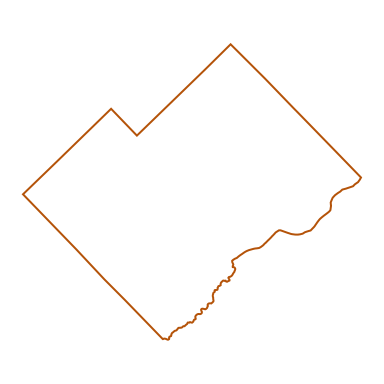 Picún Leufú, Neuquén, Argentina (Mercator projection)
{"feature_id": "61730980B82324044769491", "entity_name": "Picún Leufú", "entity_type": "district", "adm_level": 2, "iso_a3": "ARG", "parent_name": "Argentina", "parent_adm1": "Neuquén", "projection": "mercator", "projection_center": [-69.301, -39.408], "detail": "fine", "context": "isolated", "style": "outline", "palette": "amber", "viewbox_px": 384, "rotation_deg": 0, "n_neighbors": 0, "source": "geoboundaries", "source_scale": "gbopen_adm2", "svg_char_len": 4667}
<svg xmlns="http://www.w3.org/2000/svg" viewBox="0 0 384 384"><path d="M76.5,249.6L104.4,279.4L124.8,299.9L162.6,338.9L162.8,339.1L163.0,339.1L163.4,338.9L163.8,338.7L164.5,338.6L165.6,338.8L166.4,339.1L167.4,339.6L168.1,339.7L168.5,339.4L169.0,339.2L169.2,338.8L169.1,338.2L169.1,337.6L169.3,337.1L169.4,336.9L169.5,336.9L169.6,336.7L170.0,336.5L170.4,336.4L170.9,336.1L171.1,336.0L171.2,335.3L171.2,335.2L171.3,335.0L171.4,334.9L171.4,334.2L171.7,333.7L172.0,333.1L172.5,332.6L173.1,332.3L173.2,332.2L173.9,331.5L174.6,331.0L174.7,330.9L175.2,330.7L175.8,330.6L176.3,330.4L176.6,330.2L176.9,329.8L177.4,329.3L177.7,328.8L177.7,328.7L178.0,328.4L178.2,328.1L178.5,327.9L178.8,327.9L179.0,327.8L179.8,327.8L180.2,327.7L180.6,327.8L180.9,327.7L181.3,327.7L181.8,327.5L182.3,327.2L182.7,326.7L183.0,326.5L183.3,326.3L183.4,326.2L183.6,326.2L183.8,326.2L184.0,326.2L184.5,326.2L184.9,325.8L185.2,325.6L185.5,325.3L185.6,325.1L185.9,324.9L186.1,324.7L186.7,324.3L187.0,324.1L187.2,323.8L187.2,323.7L187.4,323.2L187.6,322.8L187.7,322.7L187.9,322.5L188.7,322.6L189.4,322.6L189.7,322.3L190.0,322.1L190.9,322.4L191.5,322.6L192.2,322.6L192.5,322.3L193.0,321.9L193.3,321.6L193.5,321.0L193.7,320.4L194.0,319.9L194.4,319.6L194.5,319.5L195.2,319.4L195.5,319.2L195.7,318.8L195.6,318.3L195.5,317.8L195.4,317.4L195.3,317.0L195.4,316.3L195.8,315.7L196.1,315.3L196.8,314.6L197.0,314.5L197.3,314.4L197.5,314.3L198.1,314.0L199.2,314.0L199.7,314.1L200.1,314.1L200.7,313.9L201.3,313.6L201.7,313.1L201.8,312.8L201.9,312.0L201.7,311.5L201.4,310.9L201.2,310.3L201.1,309.8L201.2,309.7L201.3,309.3L201.5,309.0L201.9,308.8L202.3,308.7L203.3,308.8L203.7,308.9L204.3,309.0L205.1,309.3L205.4,309.2L205.5,309.2L206.2,308.8L206.6,308.4L207.0,308.0L207.1,307.8L207.2,307.5L207.3,307.1L207.7,306.5L207.8,306.1L207.8,305.5L207.7,305.3L207.6,305.1L207.7,304.6L207.9,304.2L208.2,303.9L208.3,303.8L208.8,303.5L210.2,303.3L211.1,303.3L211.3,303.4L212.5,302.4L212.9,301.9L213.2,301.7L213.5,301.1L213.5,300.7L213.4,299.9L213.2,299.2L213.2,298.2L213.1,297.2L212.9,296.9L212.8,296.0L212.8,295.1L213.1,294.3L213.2,293.7L213.2,293.3L213.4,293.0L213.6,292.6L214.2,292.2L214.7,291.8L214.8,291.3L214.7,290.8L214.6,290.4L214.9,290.1L215.6,290.0L216.1,290.0L216.6,289.9L217.0,289.9L217.4,289.7L217.5,289.3L217.7,288.8L217.7,288.2L217.6,287.8L217.8,287.5L218.0,287.1L218.2,286.6L218.5,286.1L218.8,286.1L219.2,286.0L219.4,285.9L219.9,285.7L220.4,285.4L220.7,285.1L220.6,284.7L220.6,284.1L220.8,283.2L221.1,282.6L221.5,282.2L221.6,281.9L221.8,281.7L222.4,281.3L222.8,280.8L223.2,280.6L223.8,280.6L224.2,280.7L224.4,280.9L224.6,280.9L224.8,280.9L225.1,280.8L225.3,280.7L225.6,280.7L225.8,280.9L226.0,281.4L226.6,281.7L227.0,281.7L227.3,281.7L227.7,281.4L228.4,281.0L229.2,280.7L229.5,280.5L229.5,280.0L229.4,279.5L228.8,278.7L228.4,277.8L228.4,277.7L228.7,277.3L229.0,277.0L229.9,276.8L230.4,276.7L231.1,276.2L231.6,275.9L232.6,274.6L232.9,273.9L233.0,273.8L233.6,272.8L234.2,272.0L234.4,271.8L234.6,270.9L234.9,270.4L235.0,269.9L235.3,269.0L234.9,268.0L234.5,267.5L234.0,267.3L233.7,267.2L232.8,267.1L232.7,266.2L233.1,265.2L233.3,264.4L232.9,263.5L232.4,262.5L232.2,261.8L232.2,260.7L232.6,260.4L233.1,259.9L234.8,258.8L236.9,257.9L238.6,256.4L240.5,255.0L242.2,253.9L243.0,253.3L244.6,252.2L245.8,251.5L247.2,250.8L247.3,250.8L249.0,250.1L252.2,249.2L253.7,248.8L255.2,248.5L257.1,248.3L258.2,248.1L258.4,248.1L259.3,247.9L261.0,246.9L261.5,246.5L262.5,245.8L263.2,245.2L263.8,244.6L264.3,244.0L264.4,243.9L264.8,243.5L265.7,242.8L266.2,242.3L266.5,241.9L267.2,241.3L267.9,240.5L268.8,239.7L270.9,237.6L271.8,236.6L272.2,236.1L273.0,235.4L273.8,234.5L274.5,233.8L275.6,232.5L276.5,231.9L279.0,230.3L280.2,230.3L280.5,230.3L283.3,231.3L287.8,232.9L289.4,233.4L290.5,233.8L291.7,234.1L293.1,234.3L293.9,234.4L294.6,234.5L295.7,234.6L296.2,234.6L297.3,234.6L298.2,234.6L299.1,234.4L299.8,234.4L301.3,234.0L302.2,233.8L302.8,233.6L303.7,233.0L305.0,232.2L307.1,231.5L308.7,231.0L310.6,230.5L313.4,227.6L313.9,227.1L314.8,226.0L315.3,225.2L317.3,222.3L318.8,220.3L318.9,220.2L319.9,219.0L321.6,217.5L323.7,215.8L326.4,213.8L328.7,212.0L329.9,210.8L330.4,210.1L331.0,206.0L331.0,205.2L330.9,205.1L330.8,203.8L330.8,203.7L330.7,202.5L331.6,200.2L331.8,199.8L331.8,199.7L332.7,197.7L335.0,195.2L335.8,194.6L337.8,193.1L338.9,192.4L339.9,191.8L340.2,191.6L342.3,189.6L346.4,188.5L346.6,188.4L350.8,187.0L353.1,186.2L354.3,184.9L354.5,184.7L354.9,184.3L357.2,182.7L358.0,182.2L358.5,181.5L358.9,180.9L359.8,179.7L361.0,177.5L360.8,177.3L338.3,154.1L299.0,113.7L293.3,107.9L265.2,78.8L230.6,44.3L230.2,44.7L205.3,69.3L136.9,135.6L111.1,108.8L59.3,159.2L23.0,194.3L76.5,249.6Z" fill="none" stroke="#b45309" stroke-width="2"/></svg>